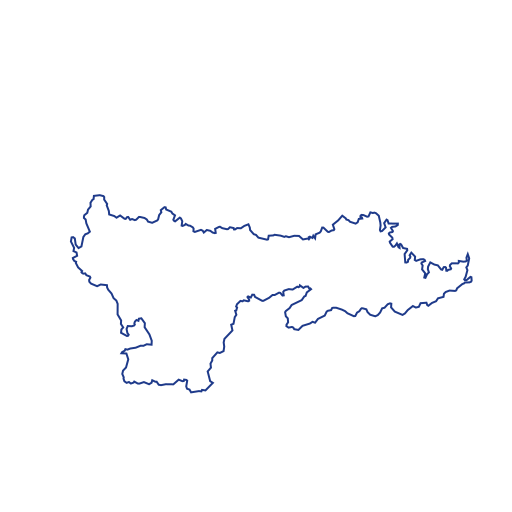 Diamantina, Minas Gerais, Brazil, rotated 57°
{"feature_id": "56859067B62875205833655", "entity_name": "Diamantina", "entity_type": "district", "adm_level": 2, "iso_a3": "BRA", "parent_name": "Brazil", "parent_adm1": "Minas Gerais", "projection": "albers", "projection_center": [-43.58, -17.913], "detail": "fine", "context": "isolated", "style": "outline", "palette": "blue", "viewbox_px": 512, "rotation_deg": 57, "n_neighbors": 0, "source": "geoboundaries", "source_scale": "gbopen_adm2", "svg_char_len": 6111}
<svg xmlns="http://www.w3.org/2000/svg" viewBox="0 0 512 512"><g transform="rotate(57 256 256)"><path d="M117.3,359.2L119.8,361.2L119.8,362.7L121.2,365.8L124.4,367.7L125.6,371.6L127.9,374.0L128.3,377.8L129.2,378.8L130.4,379.6L132.6,379.0L136.2,380.5L145.1,382.1L145.4,384.8L144.8,387.3L146.0,390.4L152.9,397.2L152.7,400.5L148.2,401.0L142.6,398.4L140.6,399.1L140.0,400.5L143.0,403.3L150.1,404.1L152.5,406.4L155.3,404.6L158.4,405.9L157.9,410.7L158.8,411.1L161.1,411.1L162.9,410.0L163.7,410.9L168.7,411.4L173.9,410.0L174.5,411.2L175.5,411.1L176.7,410.5L177.6,408.7L179.7,408.7L182.8,406.5L184.0,406.7L185.2,409.0L186.8,409.8L189.3,409.4L194.8,405.7L195.3,401.8L199.3,396.9L201.3,398.0L203.8,398.3L208.8,397.6L213.8,398.4L217.3,397.4L220.8,398.1L229.6,403.9L236.6,404.2L239.4,406.3L243.6,406.3L244.3,408.9L246.9,411.0L252.8,407.8L253.2,406.8L252.7,405.7L250.5,405.8L246.7,404.3L244.9,401.7L247.3,398.4L247.9,396.1L247.5,395.0L246.2,394.7L245.1,393.3L244.8,392.2L244.6,391.1L246.3,389.9L244.8,388.4L245.8,386.1L251.8,385.8L255.1,388.2L263.7,388.1L270.3,389.6L273.5,391.9L270.5,395.7L270.0,399.3L268.4,401.6L267.4,406.8L265.1,411.9L264.5,414.8L263.0,416.3L263.9,417.6L263.7,420.6L264.3,421.8L267.2,417.8L273.1,419.4L278.7,425.7L279.7,429.9L282.1,432.4L285.7,433.0L286.7,433.9L289.4,434.6L291.9,433.6L292.5,431.2L294.8,430.4L295.5,427.6L295.0,426.5L298.6,424.6L299.5,423.3L300.7,418.7L305.3,415.5L305.4,412.6L303.7,410.7L306.6,408.9L307.3,407.8L311.0,407.7L312.6,406.0L314.4,401.5L318.6,395.2L317.6,388.2L320.9,385.9L321.5,384.7L320.5,383.6L322.0,381.9L323.1,381.6L327.3,385.5L328.7,385.9L329.8,386.1L331.8,384.5L335.0,384.7L338.2,377.5L339.8,375.5L338.9,374.2L341.2,371.6L338.9,361.3L336.0,362.6L326.5,359.4L325.1,354.6L321.5,352.8L319.8,349.6L317.8,348.3L315.8,340.9L317.6,339.2L318.1,335.0L314.7,332.0L310.9,330.2L308.3,327.6L305.6,316.3L300.1,314.2L300.6,311.8L295.7,307.1L294.6,304.5L290.6,303.3L290.9,302.2L288.9,299.9L287.6,300.2L286.1,298.2L285.2,293.5L286.7,291.9L286.5,290.4L289.7,287.3L289.8,286.1L288.8,285.5L285.8,285.5L285.6,284.6L288.0,283.0L286.4,280.2L287.5,278.7L289.8,279.1L297.0,275.2L297.6,274.2L298.2,267.7L297.7,263.4L298.9,261.6L299.3,256.6L300.2,255.7L303.6,255.3L304.1,254.2L300.9,252.7L300.4,251.1L301.6,246.6L304.1,243.5L304.2,238.1L305.3,237.4L305.4,236.2L304.5,235.2L308.6,233.6L308.6,231.2L310.0,228.9L312.1,229.1L312.7,228.1L313.8,227.9L314.2,233.2L316.5,236.2L316.2,237.5L317.9,241.7L316.5,252.8L318.0,256.2L318.4,261.0L319.0,262.2L322.8,263.8L325.6,263.3L329.1,265.2L330.2,267.8L331.4,268.7L333.8,267.7L335.1,264.5L336.4,263.7L338.2,263.8L341.1,260.7L339.9,255.0L342.0,247.6L342.0,244.4L344.1,242.8L342.5,238.3L343.4,230.8L341.1,227.0L341.1,225.5L342.3,222.5L341.1,220.5L341.4,219.5L343.1,216.9L347.7,213.2L350.8,211.3L353.8,210.5L359.8,206.7L360.4,205.4L358.5,202.1L358.6,199.4L357.5,196.8L357.4,195.8L358.1,194.9L360.8,192.5L363.8,193.0L367.5,192.2L371.5,188.8L371.9,186.1L371.0,182.7L368.6,178.7L369.4,176.4L368.2,171.8L368.7,169.4L369.7,168.5L372.7,170.7L378.2,169.9L385.2,165.2L385.3,162.4L384.0,158.2L383.4,151.7L386.3,150.0L387.3,147.1L385.2,143.7L388.0,138.5L390.4,139.1L391.6,138.6L391.2,134.0L392.0,129.6L390.6,126.4L392.4,121.0L390.0,118.9L389.5,116.5L390.4,112.5L393.7,108.1L393.9,106.8L392.6,104.9L391.9,98.1L392.3,96.7L392.0,95.3L394.4,91.3L394.7,89.5L394.0,88.5L391.1,86.9L390.3,87.5L390.9,92.6L390.0,94.0L389.0,94.1L387.6,91.5L384.0,87.5L383.0,86.4L380.1,85.8L379.3,83.6L374.1,78.5L369.8,77.4L372.0,80.4L374.7,81.7L374.8,83.1L373.7,85.2L370.6,88.6L371.9,89.4L372.2,90.6L368.8,95.8L369.2,98.1L370.1,99.0L372.7,99.1L373.2,99.9L372.3,102.4L372.6,103.6L372.0,104.4L369.3,103.0L368.3,103.3L367.6,104.6L369.0,107.3L368.1,108.1L362.9,108.6L360.3,111.1L356.3,113.3L358.6,117.4L360.7,119.1L363.9,119.9L364.5,122.5L366.6,125.8L365.7,126.6L362.7,123.5L357.7,124.0L354.7,121.4L352.4,121.4L351.7,120.6L352.3,116.9L351.0,116.7L349.8,117.4L348.3,120.0L347.3,124.3L345.8,125.0L343.2,122.9L337.8,123.9L339.1,126.8L340.5,126.8L341.5,127.7L342.1,130.5L343.6,131.7L343.5,133.3L342.7,134.3L335.3,130.3L333.6,126.0L332.3,125.4L329.4,128.3L325.4,128.0L324.4,128.5L324.4,129.5L327.4,131.2L326.3,131.7L322.2,131.0L323.2,133.4L323.4,135.3L322.6,136.3L317.8,136.4L316.7,136.0L316.3,132.3L314.8,131.7L310.5,132.7L309.4,132.3L309.2,130.9L310.2,128.5L309.7,127.6L305.9,127.5L305.7,126.0L307.2,122.9L307.2,120.2L306.1,119.4L301.0,127.1L297.6,126.2L296.6,126.7L298.2,130.6L302.6,131.7L303.7,136.7L303.2,138.1L301.7,137.9L298.3,134.9L295.6,133.5L289.1,131.1L285.4,132.1L284.1,133.1L283.6,134.6L281.7,136.3L284.1,140.1L283.6,141.4L280.2,143.6L279.0,145.1L279.1,146.3L280.0,147.1L281.3,146.2L282.4,146.5L280.9,149.6L283.1,152.4L283.1,154.8L278.5,158.5L276.3,158.9L274.6,160.4L273.4,160.2L269.2,161.7L270.9,167.7L271.6,174.5L276.2,175.7L276.7,176.7L275.8,178.7L275.6,181.8L274.8,182.6L268.9,184.0L268.2,185.0L270.6,188.2L271.1,189.9L270.3,194.2L273.3,196.8L270.2,196.9L271.6,198.8L269.1,200.3L269.0,201.3L270.4,201.5L270.8,202.6L269.6,202.9L267.7,207.6L262.6,209.0L259.9,212.9L258.2,218.1L255.7,220.2L255.4,221.8L252.3,224.3L248.3,228.9L248.2,230.2L245.9,234.3L248.6,236.8L248.3,237.9L241.9,244.0L238.3,244.5L236.5,246.0L231.0,246.8L228.8,245.7L225.3,245.1L224.4,249.4L224.5,253.6L222.3,256.6L222.3,259.2L221.7,260.0L220.4,259.5L217.7,262.2L218.2,264.8L217.7,265.8L214.2,269.2L211.8,270.3L211.4,271.5L211.0,275.5L214.7,277.2L214.4,278.1L212.7,279.6L210.0,280.6L207.4,283.1L207.9,287.0L205.8,286.9L204.1,287.9L202.5,294.2L201.2,295.0L199.0,293.4L197.6,293.4L194.7,294.8L193.6,296.1L190.8,297.5L191.2,298.7L190.8,301.2L190.0,301.8L186.7,298.9L183.6,298.5L182.3,299.0L182.9,305.0L182.1,305.5L180.6,305.6L177.8,301.8L174.8,303.0L172.7,302.9L168.1,306.0L166.0,305.3L165.2,306.2L165.7,310.9L167.8,311.6L168.9,314.9L172.0,318.2L172.4,319.5L171.6,325.0L168.4,327.8L165.9,327.7L163.4,328.8L160.2,331.9L159.5,332.9L160.3,336.7L159.9,338.1L157.5,339.8L157.1,341.8L153.7,341.9L153.2,342.9L153.9,345.1L153.1,346.0L148.0,347.9L147.9,352.1L145.3,353.1L141.2,356.5L138.1,354.9L132.2,353.6L131.3,352.5L126.0,352.6L123.9,351.2L122.7,351.3L119.9,353.9L117.3,359.2Z" fill="none" stroke="#1e3a8a" stroke-width="2"/></g></svg>